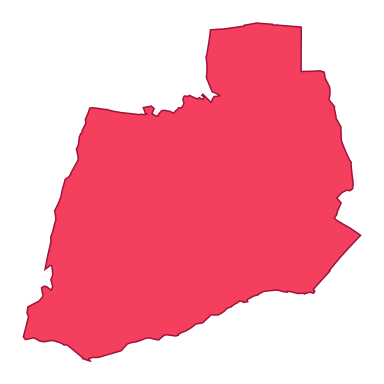 San Sebastián Ixcapa, Oaxaca, Mexico (Albers equal-area conic projection)
{"feature_id": "50627088B8337648653964", "entity_name": "San Sebastián Ixcapa", "entity_type": "district", "adm_level": 2, "iso_a3": "MEX", "parent_name": "Mexico", "parent_adm1": "Oaxaca", "projection": "albers", "projection_center": [-98.15, 16.529], "detail": "fine", "context": "isolated", "style": "filled", "palette": "rose", "viewbox_px": 384, "rotation_deg": 0, "n_neighbors": 0, "source": "geoboundaries", "source_scale": "gbopen_adm2", "svg_char_len": 4316}
<svg xmlns="http://www.w3.org/2000/svg" viewBox="0 0 384 384"><path d="M89.7,108.2L88.5,112.1L85.3,119.5L85.9,123.1L82.3,130.3L81.8,132.4L81.7,133.0L81.1,133.5L80.5,133.9L80.1,135.5L79.4,136.6L78.5,144.0L77.8,146.4L77.1,147.9L76.4,148.7L77.9,155.7L78.3,158.5L77.8,160.5L70.6,173.6L70.9,174.1L70.5,174.3L69.0,176.7L65.2,179.4L63.3,186.2L62.4,189.1L60.9,196.8L58.0,204.5L58.0,204.9L57.5,205.1L54.6,210.9L55.3,213.8L55.9,219.5L54.6,224.0L52.6,232.0L50.8,236.9L51.0,242.8L50.7,242.7L49.6,247.6L47.8,255.4L45.0,269.4L50.2,265.5L51.8,265.7L52.8,274.7L51.6,278.0L50.9,279.8L52.7,286.6L51.3,290.2L46.3,286.5L44.1,286.2L41.5,287.9L43.1,296.3L39.0,301.1L27.9,306.9L27.0,313.0L28.5,316.6L23.4,336.9L25.4,339.5L27.2,339.2L34.0,337.8L39.4,340.9L42.1,341.5L44.1,341.7L45.4,341.7L47.0,341.2L48.8,340.9L50.6,340.7L53.3,340.6L59.3,342.5L60.7,343.0L62.4,343.7L63.9,345.0L66.0,344.9L67.7,345.4L70.4,347.6L70.5,347.6L83.0,358.0L82.7,358.6L88.9,360.7L90.2,361.0L88.8,358.6L90.4,358.0L92.1,357.7L93.6,357.3L94.7,357.5L96.4,357.5L97.7,357.3L99.0,357.2L100.7,356.8L103.9,355.8L121.3,350.7L127.3,344.0L130.1,343.0L131.9,342.5L134.3,342.1L135.5,342.0L139.8,340.7L145.2,338.5L146.6,338.1L149.2,337.9L150.8,338.1L152.6,338.8L158.6,340.0L161.8,337.2L163.7,335.6L166.4,334.7L175.7,336.0L178.3,335.3L178.3,334.1L179.6,333.5L180.4,333.4L180.9,332.8L183.1,331.9L184.2,331.6L187.0,330.3L191.6,327.4L193.8,325.6L194.7,324.9L196.6,323.9L199.2,323.4L202.0,323.0L203.4,322.3L205.0,320.5L207.2,318.6L211.2,314.7L212.0,314.8L213.5,315.0L216.3,315.0L217.4,315.0L218.5,314.8L220.3,313.8L221.5,313.1L222.5,312.4L223.7,311.6L224.8,310.7L225.7,309.6L226.5,308.9L227.5,308.2L231.3,306.7L232.4,305.8L233.7,304.8L235.2,303.9L237.1,302.9L239.8,301.0L243.3,301.7L243.4,302.4L245.9,302.0L247.7,301.6L247.5,301.3L247.0,299.9L247.6,299.4L253.1,296.4L254.8,295.7L256.5,295.1L257.6,295.2L258.1,294.5L258.9,294.1L259.9,293.4L260.2,293.1L260.7,292.9L261.6,292.5L262.3,292.1L263.3,291.6L263.9,291.4L265.0,291.2L275.9,290.1L278.5,290.4L280.1,290.7L281.5,291.1L283.0,291.6L284.0,291.8L285.4,291.9L287.1,292.2L287.4,291.2L288.2,291.4L289.3,291.6L290.7,291.6L291.8,292.0L292.8,292.2L297.9,293.6L299.4,293.3L304.1,293.3L304.3,293.7L304.5,293.5L304.8,293.5L305.0,293.7L305.2,293.2L307.0,293.1L308.7,292.4L310.2,292.3L310.4,292.3L313.5,293.3L314.8,291.2L313.3,289.1L314.4,288.1L323.5,278.0L330.0,270.9L329.4,270.4L335.8,262.6L337.2,261.0L338.8,258.9L349.4,247.2L349.6,247.0L360.6,235.3L355.0,231.4L348.5,227.1L348.1,227.1L336.2,220.0L334.3,217.7L336.4,215.3L337.1,213.3L337.3,211.7L341.1,203.0L336.9,198.0L337.0,197.9L341.9,192.6L346.7,190.2L350.1,190.7L352.5,188.8L352.8,187.2L353.1,184.8L353.1,182.5L353.1,182.3L351.9,173.5L351.0,163.5L351.2,162.1L349.7,160.3L346.7,153.9L343.8,147.0L343.7,146.8L341.7,141.5L341.2,138.8L341.2,136.7L341.0,131.2L340.8,126.7L336.1,118.4L336.0,118.0L336.1,117.3L334.2,107.5L334.6,106.8L329.3,100.1L329.1,98.1L329.2,97.6L329.7,96.6L330.0,92.2L329.7,87.4L329.7,87.2L325.1,78.1L324.3,72.3L324.2,72.1L320.1,70.8L310.2,71.3L301.2,71.5L301.2,67.5L301.1,64.7L301.2,55.3L301.2,55.2L301.1,48.2L301.3,38.4L301.3,35.6L301.2,28.6L301.2,27.1L290.7,26.2L286.9,25.9L276.5,25.0L273.1,25.1L272.7,24.6L272.7,24.3L262.1,23.5L256.7,23.0L253.5,23.6L244.1,25.3L244.0,26.1L243.7,26.2L221.3,29.3L220.8,29.1L210.5,29.8L209.2,40.2L206.9,54.3L206.0,57.3L206.8,62.7L207.0,69.6L207.0,69.8L207.0,70.1L206.4,77.3L206.9,78.8L212.1,91.7L215.2,93.0L219.7,95.3L219.6,95.8L216.6,96.3L214.1,96.5L212.6,98.9L212.3,99.7L211.0,102.4L202.8,94.2L202.6,94.5L201.8,95.5L204.4,97.0L202.7,99.4L199.2,97.6L197.6,99.0L196.0,98.3L193.9,97.5L189.2,95.3L188.3,96.3L187.2,96.5L185.3,95.9L184.1,96.3L183.4,97.7L183.0,98.8L183.0,100.1L183.7,102.2L183.8,104.0L182.7,106.0L181.2,108.2L179.5,107.8L178.5,107.8L177.8,109.2L176.4,110.2L173.6,113.0L173.3,113.0L172.9,112.9L171.0,111.9L169.6,111.2L167.0,111.0L165.4,110.4L163.7,110.4L161.9,110.6L160.8,111.7L159.2,113.5L158.4,114.5L158.4,116.0L158.1,116.2L156.4,115.9L154.7,115.4L153.4,114.4L152.0,113.9L152.0,113.7L154.1,108.5L153.3,107.8L152.1,106.8L151.3,106.1L143.3,107.6L145.6,113.9L146.8,113.7L146.9,113.9L144.6,114.6L140.3,114.2L139.3,114.8L138.5,114.5L132.5,113.8L125.9,113.1L121.0,112.6L112.1,111.0L107.5,109.7L106.2,109.4L105.5,109.5L103.2,109.2L97.3,108.3L93.2,107.8L91.3,107.8L89.7,108.2Z" fill="#f43f5e" stroke="#9f1239" stroke-width="1.5"/></svg>